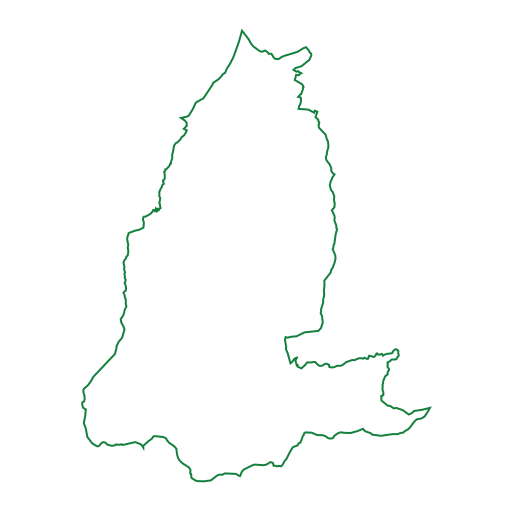 the district of Salasu De Sus, Hunedoara, Romania
{"feature_id": "2599482B95724564530816", "entity_name": "Salasu De Sus", "entity_type": "district", "adm_level": 2, "iso_a3": "ROU", "parent_name": "Romania", "parent_adm1": "Hunedoara", "projection": "orthographic", "projection_center": [22.966, 45.458], "detail": "fine", "context": "isolated", "style": "outline", "palette": "green", "viewbox_px": 512, "rotation_deg": 0, "n_neighbors": 0, "source": "geoboundaries", "source_scale": "gbopen_adm2", "svg_char_len": 6051}
<svg xmlns="http://www.w3.org/2000/svg" viewBox="0 0 512 512"><path d="M184.8,120.5L186.7,122.9L186.6,125.4L186.8,125.7L183.8,128.9L186.8,130.3L186.0,132.3L184.0,135.4L181.7,137.1L180.2,139.7L177.4,142.4L176.0,143.1L174.6,144.7L174.0,146.0L173.0,151.8L172.1,155.0L172.3,158.1L170.9,162.1L170.9,163.6L170.4,163.6L169.2,166.1L166.9,168.6L165.2,169.5L165.2,170.9L164.2,171.7L164.8,175.1L164.8,177.5L164.5,179.1L163.0,180.5L162.9,181.0L163.4,181.7L163.4,182.7L163.8,183.8L162.5,184.8L161.6,187.4L160.6,188.8L159.7,191.3L159.1,192.2L159.5,193.6L159.2,196.2L160.1,197.7L160.2,198.4L159.7,201.6L159.2,202.8L160.0,204.5L160.0,205.8L160.6,208.0L159.5,208.8L159.0,209.8L158.2,209.4L158.0,208.7L157.4,208.7L157.7,210.7L156.7,211.5L155.7,209.1L155.2,210.7L154.6,211.1L153.9,210.0L153.3,210.0L152.2,212.0L150.5,213.8L145.6,216.6L143.8,216.7L143.2,217.8L142.9,219.1L143.9,222.9L143.4,227.6L138.9,229.9L135.6,230.5L129.0,232.9L128.5,233.4L128.2,235.1L127.4,236.8L127.2,239.7L128.3,244.9L127.8,247.6L128.3,250.9L128.2,252.6L127.7,255.5L126.3,256.8L126.0,258.3L124.2,260.7L123.5,262.9L124.4,267.0L124.1,269.3L125.0,272.3L124.4,274.0L124.9,275.6L124.7,277.8L125.6,279.6L125.3,281.8L124.6,283.1L125.5,284.8L126.1,288.6L125.7,289.9L125.8,290.6L124.1,291.8L123.5,292.7L124.8,295.8L124.7,296.8L125.8,299.6L125.8,303.7L126.4,306.6L124.8,309.5L123.6,314.5L122.3,316.9L120.7,319.0L121.3,322.5L123.6,326.8L124.4,329.3L124.1,331.3L123.6,332.3L122.4,337.0L121.3,338.8L118.6,341.9L116.8,345.7L116.0,350.0L114.9,354.0L93.1,377.1L91.0,381.1L88.0,385.2L83.9,388.8L83.3,390.3L83.5,392.9L84.3,395.0L84.7,399.2L84.0,401.6L82.6,402.1L82.1,404.2L83.1,407.8L85.8,409.4L85.2,416.0L83.8,423.0L85.9,428.8L87.3,436.9L92.2,443.4L96.9,446.2L98.1,446.3L99.3,445.7L101.4,443.1L103.0,442.2L105.0,442.4L107.7,444.8L112.0,445.8L115.0,445.3L115.7,444.5L119.9,444.8L121.6,444.2L122.7,445.0L135.1,442.1L139.5,443.7L141.5,444.8L143.3,447.7L143.3,445.8L148.4,441.2L151.8,438.8L153.2,436.6L154.3,436.1L163.4,437.0L166.0,438.4L167.1,440.4L169.1,442.7L174.1,446.2L176.4,448.8L177.0,454.2L178.1,458.1L179.6,460.5L182.9,463.6L189.1,467.5L190.5,470.1L190.2,472.7L190.4,473.7L191.1,473.9L191.4,477.5L192.0,478.3L195.3,480.4L197.4,481.1L204.0,481.3L210.9,480.4L217.0,475.6L219.6,474.6L222.5,474.7L224.9,473.4L235.7,473.9L236.8,474.3L238.1,475.4L240.0,476.1L241.8,471.9L243.5,469.7L252.3,465.3L254.9,464.6L263.7,465.2L266.6,464.5L270.3,462.2L271.4,462.3L272.9,463.0L273.6,465.7L274.6,465.6L276.9,466.3L278.8,465.9L281.2,466.3L282.3,465.2L284.5,461.2L286.5,458.8L290.5,450.9L293.0,447.1L297.7,445.3L298.6,443.4L300.3,442.6L302.0,438.7L302.7,436.2L303.8,434.9L304.0,433.5L305.4,432.4L311.7,432.7L317.1,435.0L323.3,435.3L325.8,436.4L328.1,438.1L329.8,438.6L332.8,438.2L334.5,435.6L338.4,433.0L340.7,432.3L344.2,432.8L350.6,433.0L357.7,431.0L363.0,428.8L364.3,430.5L365.6,431.4L370.7,433.2L371.9,434.5L373.9,434.9L381.1,435.8L392.7,434.1L397.7,434.1L401.0,432.8L402.8,432.8L405.7,430.6L407.9,429.5L410.3,427.1L413.5,422.5L416.6,419.4L421.8,418.3L424.7,416.4L427.4,412.3L429.9,407.9L421.6,409.9L414.3,410.9L411.5,413.3L408.8,414.5L402.7,410.1L396.2,407.9L393.8,408.4L390.3,406.0L387.6,405.6L381.5,400.5L381.2,399.0L381.5,398.2L381.1,396.1L383.1,395.3L383.5,394.5L383.2,393.6L383.4,392.2L382.5,390.2L382.6,388.7L382.4,388.0L382.7,387.1L382.5,384.8L383.1,383.4L383.2,381.2L385.1,376.4L387.6,374.4L387.5,373.3L387.9,371.7L389.1,369.8L389.0,369.1L387.4,366.6L387.8,364.4L387.5,362.5L389.9,361.3L391.5,359.6L395.7,359.4L396.6,358.9L397.2,357.4L398.5,356.0L398.8,354.8L398.2,353.4L398.3,350.8L396.7,349.4L395.3,349.3L393.7,350.5L392.7,351.8L392.5,352.8L391.6,353.3L386.8,353.9L384.2,354.8L382.9,355.7L381.8,353.9L379.1,354.7L377.8,354.4L377.4,353.5L376.9,353.4L376.3,353.8L375.5,355.6L374.0,357.0L369.6,355.7L369.0,355.9L368.7,357.3L368.2,357.7L368.1,358.7L367.6,358.9L366.0,358.6L364.4,357.7L363.3,358.6L359.7,358.1L356.6,359.1L354.8,360.2L352.1,360.0L346.3,362.1L342.2,365.3L339.4,365.9L337.5,365.7L333.7,367.3L331.1,367.4L329.4,367.0L329.2,366.7L329.0,364.8L326.9,363.8L325.2,363.8L322.2,365.7L319.8,365.9L317.9,364.8L315.3,362.1L313.5,362.0L310.9,362.5L307.2,362.4L304.7,365.4L301.4,368.4L297.6,366.6L296.9,365.6L297.5,365.0L296.6,364.7L295.4,360.3L296.6,358.0L297.7,357.0L294.2,359.0L292.3,361.8L290.5,363.3L287.7,353.2L285.9,349.1L286.2,348.1L286.2,346.9L285.0,339.9L285.6,337.1L287.8,337.7L290.7,336.8L296.5,336.3L304.4,332.4L318.4,330.9L321.0,328.0L322.8,322.5L322.1,316.7L321.7,315.1L320.7,313.7L321.1,311.4L321.1,309.1L323.1,302.8L323.3,298.5L324.1,296.3L324.2,293.0L323.9,291.1L324.5,284.6L324.3,280.7L330.3,273.0L330.8,272.1L331.0,270.4L332.5,268.1L334.6,262.6L335.5,258.8L335.3,255.4L332.7,249.1L333.2,248.1L333.6,245.0L334.3,244.1L335.7,234.2L337.1,229.2L336.3,227.9L336.4,225.9L334.4,220.5L334.7,217.2L334.3,215.4L331.8,210.2L334.4,207.3L334.5,206.4L334.7,202.8L334.2,201.7L334.0,199.0L334.3,196.3L332.8,192.2L331.0,190.0L329.8,185.3L330.7,181.3L331.6,179.8L332.1,178.0L334.5,174.4L333.2,173.6L331.9,172.0L331.1,170.1L331.3,168.2L329.9,164.8L326.6,160.4L326.0,158.7L325.9,157.1L326.7,154.7L327.2,151.3L328.3,147.5L328.4,145.3L327.9,141.1L327.0,139.7L325.6,134.7L318.8,127.5L318.7,124.0L319.2,123.6L319.1,122.1L318.3,121.1L318.2,119.6L315.5,117.1L317.4,111.8L314.7,110.7L314.2,112.7L308.3,109.6L298.6,108.9L299.0,106.5L300.3,104.1L300.9,101.8L301.0,98.5L300.6,97.5L298.2,96.9L300.5,94.3L301.1,94.2L302.8,89.7L303.0,87.6L303.6,86.9L302.4,84.7L301.8,84.0L294.8,80.1L296.1,75.0L298.8,75.2L300.0,73.8L301.2,73.2L298.8,72.0L298.0,71.1L296.4,71.7L293.5,69.9L295.4,68.1L301.5,66.2L309.4,59.8L311.2,55.7L311.3,53.8L309.8,52.4L308.3,49.8L306.1,47.2L303.0,48.4L297.5,51.9L284.8,55.7L281.8,56.9L278.5,59.1L275.0,58.8L273.4,57.1L271.5,53.8L268.7,53.8L267.5,52.1L265.0,50.5L262.5,51.6L260.3,51.5L253.4,46.5L251.0,43.6L248.4,38.9L242.0,30.7L238.8,42.2L233.2,57.6L229.8,64.2L227.0,68.3L225.1,72.9L223.0,74.0L221.1,76.6L218.2,79.5L213.3,82.7L212.2,85.1L203.3,98.5L200.2,100.0L198.0,101.5L197.0,101.7L195.6,103.1L192.7,109.3L188.6,115.9L186.0,116.9L181.0,117.9L184.8,120.5Z" fill="none" stroke="#15803d" stroke-width="2"/></svg>